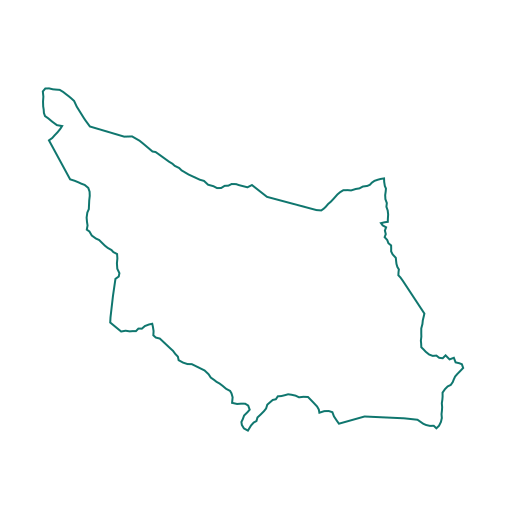 Pedro Alexandre, Bahia, Brazil, rotated 171°
{"feature_id": "56859067B11615290861322", "entity_name": "Pedro Alexandre", "entity_type": "district", "adm_level": 2, "iso_a3": "BRA", "parent_name": "Brazil", "parent_adm1": "Bahia", "projection": "orthographic", "projection_center": [-37.944, -10.088], "detail": "fine", "context": "isolated", "style": "outline", "palette": "teal", "viewbox_px": 512, "rotation_deg": 171, "n_neighbors": 0, "source": "geoboundaries", "source_scale": "gbopen_adm2", "svg_char_len": 3430}
<svg xmlns="http://www.w3.org/2000/svg" viewBox="0 0 512 512"><g transform="rotate(171 256 256)"><path d="M200.3,77.4L173.9,80.5L135.0,72.5L122.1,69.0L119.7,66.7L117.0,64.1L114.5,62.5L110.8,61.0L107.0,60.5L104.8,57.6L101.8,59.7L99.3,63.2L97.8,66.9L97.5,70.8L96.6,74.0L95.8,77.5L95.5,81.5L94.4,85.0L93.7,87.9L93.1,91.9L90.1,95.0L87.1,97.2L83.8,98.2L81.4,100.7L80.0,103.1L78.2,105.8L75.6,108.0L71.8,110.8L68.9,113.0L69.6,116.9L72.0,118.3L75.5,119.7L76.5,124.5L81.0,123.6L84.3,128.2L87.6,125.8L91.0,126.8L93.4,129.4L97.1,129.7L100.4,131.6L103.3,134.8L105.2,137.6L107.0,140.0L106.6,143.5L106.4,146.6L105.3,150.5L104.9,153.6L104.1,158.6L102.3,162.7L101.3,166.4L99.8,170.0L98.7,172.8L114.9,208.6L116.7,212.2L118.4,214.7L117.8,217.6L117.0,220.4L118.1,223.1L118.5,226.2L118.4,229.0L118.2,232.3L120.8,236.2L121.8,239.4L121.3,242.3L120.9,245.3L123.2,247.9L123.9,251.3L126.0,254.5L124.4,257.3L124.7,261.0L123.0,264.0L126.1,266.4L127.4,268.9L123.7,269.2L120.5,269.1L119.9,272.3L119.0,276.2L118.8,280.3L119.5,284.2L118.5,287.8L119.3,291.9L118.9,295.9L117.8,299.5L117.1,302.3L117.8,305.0L117.8,309.1L117.4,312.6L120.8,312.6L123.6,312.3L127.2,311.7L130.1,310.3L132.4,308.5L135.1,307.8L139.6,307.9L143.3,306.6L146.9,306.6L151.8,305.9L155.1,306.7L159.5,307.3L162.9,305.9L165.9,304.1L170.4,300.4L173.5,298.0L176.6,296.1L179.4,293.7L181.6,292.2L184.4,290.8L189.1,291.9L235.9,312.7L248.9,326.7L253.7,325.2L261.8,328.7L264.4,330.1L268.8,330.9L272.3,329.8L276.0,330.2L279.8,328.6L283.9,329.2L287.1,331.6L292.2,333.9L295.6,338.3L299.5,340.1L309.8,347.0L316.1,352.2L318.1,354.9L322.2,357.8L324.1,360.2L327.2,362.8L331.6,367.2L338.9,374.4L341.9,375.4L350.1,384.9L353.0,388.1L359.7,393.5L367.5,394.5L399.8,409.9L403.3,416.7L404.5,419.3L409.7,431.6L411.4,437.6L413.8,440.6L415.8,442.9L418.2,445.4L420.8,448.2L423.9,450.8L427.7,451.7L430.5,452.4L434.1,453.9L437.9,454.4L440.8,451.9L441.1,446.6L442.2,441.8L442.8,437.0L442.8,433.8L443.1,430.4L442.5,427.2L439.6,424.4L436.4,420.7L432.2,416.4L427.2,414.7L429.3,412.3L432.6,409.3L435.9,406.8L438.8,404.4L442.4,402.6L427.6,360.8L423.4,358.7L419.8,356.5L417.3,354.8L414.1,353.0L411.0,349.5L410.3,345.5L410.8,341.4L412.0,337.1L413.2,331.3L413.8,328.4L415.8,325.3L417.3,320.4L417.6,316.0L417.6,312.5L419.0,308.5L416.7,306.3L415.0,301.9L411.4,298.3L408.4,296.3L406.2,293.3L403.6,289.8L401.2,287.2L397.8,284.5L396.3,282.2L392.9,279.7L393.3,275.3L394.5,270.6L395.0,265.1L393.6,260.4L394.8,257.2L398.4,255.4L403.5,239.0L409.3,218.2L410.4,213.1L401.0,202.5L396.5,202.6L392.5,201.3L389.5,201.1L386.3,200.6L383.5,202.7L380.1,202.1L376.7,204.2L372.4,205.1L369.1,205.3L368.9,202.2L368.9,197.9L369.8,193.7L367.7,191.1L363.9,189.5L355.2,178.3L352.8,175.3L351.1,172.0L348.9,168.8L348.7,165.2L344.7,162.1L340.6,160.0L336.3,159.2L324.7,151.0L321.3,146.6L319.7,143.0L316.6,140.0L314.7,137.9L312.0,135.8L309.3,133.0L306.3,129.5L302.7,126.8L301.7,124.2L301.2,120.1L302.6,114.7L297.8,112.8L293.9,112.5L289.8,111.8L287.1,109.5L286.3,105.2L288.8,103.1L292.7,100.3L294.6,96.9L296.4,94.3L296.4,91.3L294.9,87.6L291.3,84.8L287.4,89.4L284.3,91.9L281.4,92.9L279.8,96.3L276.5,98.5L272.4,101.5L269.9,103.8L268.1,107.4L264.9,109.4L262.0,111.2L258.8,111.4L256.4,114.0L253.0,113.7L249.3,114.0L245.9,114.4L242.6,113.4L238.8,111.9L235.6,109.7L231.1,109.5L226.7,108.6L224.5,105.5L222.1,102.1L219.2,97.8L218.0,94.6L217.9,91.3L212.8,92.1L208.4,91.5L205.0,89.8L204.1,85.4L202.0,80.8L200.3,77.4Z" fill="none" stroke="#0f766e" stroke-width="2"/></g></svg>